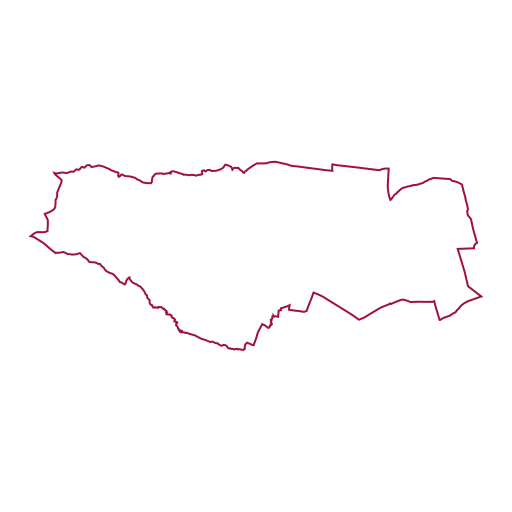 outline of Faraoani, Bacau, Romania
{"feature_id": "2599482B40423356180677", "entity_name": "Faraoani", "entity_type": "district", "adm_level": 2, "iso_a3": "ROU", "parent_name": "Romania", "parent_adm1": "Bacau", "projection": "orthographic", "projection_center": [26.881, 46.431], "detail": "fine", "context": "isolated", "style": "outline", "palette": "rose", "viewbox_px": 512, "rotation_deg": 0, "n_neighbors": 0, "source": "geoboundaries", "source_scale": "gbopen_adm2", "svg_char_len": 6044}
<svg xmlns="http://www.w3.org/2000/svg" viewBox="0 0 512 512"><path d="M481.3,296.5L468.0,286.2L464.7,272.0L457.7,248.9L474.0,248.3L474.1,246.1L475.3,244.0L477.0,242.9L473.1,229.0L471.0,219.3L470.2,218.0L469.4,217.2L467.9,215.3L467.1,211.3L468.0,209.5L467.5,206.5L465.9,200.7L465.2,197.0L463.7,191.7L461.9,184.4L458.1,182.5L454.7,181.3L452.1,180.9L450.3,179.1L433.5,177.9L432.3,178.3L431.5,178.8L429.4,179.3L427.0,180.8L425.8,181.2L424.4,181.9L422.9,183.0L419.3,184.0L418.2,184.5L415.7,185.0L414.2,185.0L413.0,185.5L412.2,185.2L411.1,185.8L409.1,186.3L408.5,186.3L405.6,187.1L404.6,187.6L403.4,187.6L402.5,188.0L399.7,190.2L396.7,193.0L396.4,193.5L394.6,194.7L391.1,199.5L390.3,199.9L389.3,196.8L388.5,193.1L388.0,189.9L387.8,187.1L387.8,184.4L388.7,168.6L385.8,168.5L382.9,168.9L380.6,169.7L379.8,170.3L357.5,167.5L338.0,165.3L332.4,164.4L332.2,166.3L332.2,169.2L332.4,170.8L326.0,170.2L297.2,166.4L291.7,165.9L287.2,164.4L276.1,161.9L273.0,161.9L270.3,162.2L268.7,162.5L267.5,163.0L265.1,163.4L256.7,163.4L251.4,166.7L247.9,169.2L245.7,171.2L245.3,171.3L244.3,172.2L244.1,172.4L244.1,172.9L243.6,172.9L242.2,171.3L239.7,169.4L238.7,168.4L238.6,168.1L238.1,167.8L237.3,168.0L234.4,167.8L233.6,168.2L232.4,169.7L231.3,166.9L227.8,165.3L226.3,164.8L225.4,164.7L224.7,165.2L224.0,166.6L222.7,168.1L220.4,169.4L216.1,170.8L211.9,171.0L211.0,170.7L210.4,170.2L210.0,170.0L208.3,169.9L207.9,170.0L206.8,170.5L205.6,171.4L205.0,171.2L204.2,170.4L202.2,170.8L201.9,171.2L201.9,172.1L202.2,174.2L199.8,174.9L198.1,174.9L196.4,175.6L195.8,175.6L194.6,175.2L191.9,174.8L190.1,175.1L188.1,175.1L185.6,174.6L183.7,174.8L182.7,174.1L178.8,173.0L176.3,172.0L173.3,171.3L172.1,171.3L170.6,172.4L170.3,172.9L170.7,173.5L170.3,173.6L169.8,173.2L169.7,172.6L168.9,173.1L167.8,173.3L163.3,174.0L162.1,173.4L156.3,173.6L155.2,174.1L154.4,174.9L153.8,176.0L153.0,176.4L152.7,176.7L152.5,177.3L151.9,180.7L151.9,181.5L151.6,182.4L151.0,183.2L147.2,183.1L143.9,182.7L141.9,182.0L140.7,181.0L138.9,180.0L137.3,179.5L135.3,177.9L130.3,176.5L124.9,176.0L122.2,174.5L121.6,174.5L121.0,174.8L120.1,176.1L119.4,176.7L118.8,176.8L118.4,176.4L118.2,175.5L118.5,173.3L118.3,172.8L117.8,172.4L115.7,172.1L113.7,171.1L111.0,170.2L109.2,169.0L103.5,166.6L98.8,165.4L96.8,166.0L91.9,167.0L91.1,166.8L90.2,165.6L89.4,165.1L88.2,165.1L86.7,165.4L84.6,167.6L83.8,167.6L82.7,167.0L82.0,166.9L81.2,167.4L79.7,169.2L78.8,169.8L76.8,169.4L75.8,169.6L74.4,171.1L73.6,171.7L71.2,171.6L69.9,171.8L67.9,172.8L66.9,173.0L61.7,172.5L57.1,173.4L55.5,173.3L54.3,172.9L54.7,173.8L56.6,175.8L60.1,178.5L61.6,180.1L61.5,181.8L60.3,185.2L58.7,188.7L57.3,192.3L57.1,193.9L57.2,196.2L56.3,199.0L55.5,200.0L55.6,202.3L55.3,206.3L55.0,207.5L54.4,208.7L53.2,209.9L49.9,211.9L44.7,214.0L47.4,219.1L47.8,220.4L47.8,225.6L47.6,228.3L47.5,231.0L45.5,232.0L45.0,231.9L43.5,232.2L37.1,232.1L34.5,233.2L30.7,236.2L33.4,236.8L36.0,238.3L43.5,243.1L51.9,250.3L55.7,253.1L56.0,252.7L58.9,252.8L63.4,252.0L66.1,253.2L67.6,254.1L69.1,254.1L72.3,254.6L76.2,254.3L79.9,253.1L80.9,254.1L82.4,255.8L84.0,257.2L85.5,257.9L87.4,259.5L88.1,260.2L88.7,261.3L89.5,262.1L94.8,262.4L96.9,263.1L98.4,264.0L99.8,263.8L100.2,264.1L100.9,265.4L103.9,267.9L104.9,269.6L106.3,270.9L107.5,271.8L110.0,273.0L112.4,273.8L114.2,275.0L116.2,277.5L118.4,279.8L119.8,282.0L122.2,282.8L124.3,284.4L125.0,284.3L125.5,283.6L126.3,280.9L127.2,279.1L129.4,277.3L129.6,277.4L129.4,278.4L129.6,279.0L132.4,282.4L134.6,283.6L136.4,284.2L138.6,285.9L140.4,286.6L143.0,289.5L143.7,290.7L144.3,291.4L145.7,294.3L147.1,295.5L147.2,297.1L147.5,298.0L149.7,300.3L149.6,302.7L149.8,303.4L151.0,304.9L151.4,304.9L152.4,305.4L152.5,306.6L153.1,307.4L154.0,307.7L154.9,307.1L156.3,307.7L157.8,307.8L158.1,307.7L158.3,306.9L158.8,306.8L159.2,307.3L161.2,307.0L163.3,308.9L163.6,309.0L164.0,308.7L164.6,309.2L164.9,310.0L165.5,310.4L166.3,310.8L166.4,311.4L166.2,312.1L167.1,312.3L166.9,312.8L166.4,313.5L166.4,314.2L168.1,314.6L169.2,314.3L171.6,315.5L171.4,316.0L171.5,316.7L172.2,317.7L172.7,318.0L173.3,317.9L173.6,318.1L174.2,318.9L175.0,319.5L174.7,320.6L174.3,321.1L174.5,321.6L176.7,321.9L177.1,322.3L177.3,322.7L177.1,323.0L176.3,323.7L176.1,324.6L176.1,325.4L177.1,326.0L178.2,328.3L178.3,329.0L178.7,329.7L179.4,329.5L179.7,329.8L179.9,330.1L179.6,331.1L179.8,331.6L180.2,332.0L180.6,332.2L181.2,332.1L181.8,330.8L182.0,330.8L182.1,331.2L182.0,332.2L182.1,332.4L182.9,332.2L184.5,332.5L185.4,333.0L186.8,332.8L188.7,333.6L194.9,335.4L201.3,338.8L205.2,339.9L210.2,342.0L211.8,341.6L212.7,341.7L215.2,343.0L216.1,343.2L217.1,343.2L217.9,343.4L218.3,344.1L219.5,344.9L221.4,345.7L222.1,345.7L223.5,344.9L225.6,345.3L226.3,345.8L227.5,347.0L228.1,348.0L229.0,348.5L230.4,348.3L231.0,348.8L231.6,349.0L233.3,348.9L234.2,349.5L236.7,348.7L238.1,349.5L238.8,349.1L239.4,349.2L241.5,349.6L243.1,350.1L244.9,348.6L244.6,347.4L245.3,344.5L247.0,342.7L250.2,343.9L252.2,345.0L253.6,345.2L256.3,337.9L257.8,332.5L262.2,324.1L263.5,324.9L264.9,325.3L265.5,325.9L268.1,327.8L268.9,327.8L269.4,327.3L269.9,326.4L269.9,325.9L269.8,325.5L270.8,325.2L270.7,325.0L271.9,324.1L271.8,323.7L271.1,323.3L271.2,322.4L270.9,322.0L271.4,321.3L271.4,321.0L271.0,320.8L271.0,320.4L270.7,320.0L271.3,319.5L271.7,319.5L272.2,317.6L272.4,317.6L272.5,316.3L273.7,316.5L273.6,315.6L274.3,316.4L276.4,316.4L278.1,316.8L278.7,310.6L281.0,310.2L280.8,309.1L280.8,308.6L281.0,308.3L286.9,306.4L289.6,305.2L288.9,309.7L294.7,310.6L297.9,310.9L304.1,311.9L306.8,310.8L307.6,308.0L312.0,296.9L313.5,292.6L319.1,294.8L322.9,296.7L351.9,314.7L358.9,319.7L363.9,317.7L379.2,308.5L381.6,307.2L387.8,304.8L389.7,303.7L390.3,303.5L390.6,304.1L398.4,300.8L402.1,299.6L403.6,299.7L406.0,300.4L407.8,300.9L410.3,302.0L420.3,301.7L423.6,301.9L432.7,301.8L434.2,301.1L434.7,303.5L439.5,319.7L439.6,319.9L440.6,319.8L442.5,318.4L444.3,317.6L448.6,316.1L449.5,315.9L450.2,315.5L450.6,315.0L451.2,314.8L451.8,314.2L454.1,312.9L454.5,312.9L456.4,311.4L456.6,310.4L458.9,308.6L459.2,307.8L461.8,305.0L463.8,303.5L466.6,301.9L468.8,300.9L481.3,296.5Z" fill="none" stroke="#9f1239" stroke-width="2"/></svg>